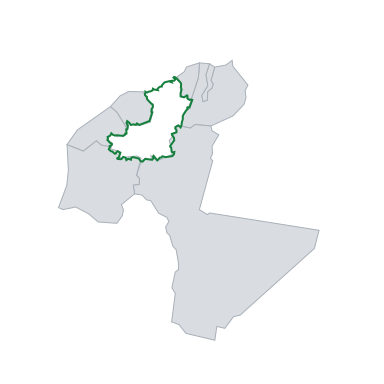 Guinea shown with its bordering countries, rotated 106°
{"feature_id": "GIN", "entity_name": "Guinea", "entity_type": "country or territory", "adm_level": 0, "iso_a3": "GIN", "parent_name": "Africa", "parent_adm1": "", "projection": "albers", "projection_center": [-10.714, 9.945], "detail": "medium", "context": "with_neighbors", "style": "outline", "palette": "green", "viewbox_px": 384, "rotation_deg": 106, "n_neighbors": 7, "source": "natural_earth", "source_scale": "50m", "svg_char_len": 4286}
<svg xmlns="http://www.w3.org/2000/svg" viewBox="0 0 384 384"><g transform="rotate(106 192 192)"><path d="M65.7,204.6L60.6,194.4L54.4,189.7L60.0,187.3L73.8,167.7L80.0,168.9L86.2,166.1L93.2,166.1L107.5,173.5L123.3,192.0L126.3,207.5L131.0,211.2L131.5,220.3L119.0,221.7L109.9,218.5L80.2,217.4L65.8,220.4L63.9,210.4L75.5,210.8L85.6,206.1L96.5,209.2L102.0,206.3L99.5,202.5L91.3,204.6L86.4,201.3L82.4,201.5L79.5,204.5L65.7,204.6Z" fill="#d9dde1" stroke="#a8b0b8" stroke-width="1"/><path d="M132.2,225.1L131.0,211.2L126.3,207.5L123.3,192.0L127.5,189.7L129.7,182.0L142.5,185.4L149.6,182.8L154.5,183.6L156.3,180.7L206.9,180.1L209.5,171.0L207.3,169.4L193.8,59.3L212.5,58.8L297.1,111.8L300.3,117.7L314.0,122.9L314.4,131.1L328.2,129.2L329.6,158.9L323.1,167.8L322.4,175.8L294.1,180.1L289.6,184.9L273.5,186.0L270.3,183.6L263.4,185.7L251.7,191.4L249.4,195.5L239.8,201.5L238.1,204.9L232.9,207.7L226.7,206.1L223.3,209.3L221.6,218.2L211.7,229.2L212.1,233.6L208.7,239.2L209.6,246.7L201.4,250.4L199.4,244.9L193.5,246.2L191.2,250.0L176.0,249.3L172.1,245.6L172.8,241.7L171.2,240.2L168.4,241.5L171.5,233.9L161.9,222.0L159.3,221.7L148.7,228.1L137.6,223.3L132.2,225.1Z" fill="#d9dde1" stroke="#a8b0b8" stroke-width="1"/><path d="M173.5,250.3L191.2,250.0L193.5,246.2L199.4,244.9L201.4,250.4L209.6,246.7L223.6,256.4L228.0,253.0L234.0,252.4L242.8,255.6L246.7,274.0L241.5,285.1L238.5,299.8L244.4,310.9L243.9,316.0L220.5,314.2L205.2,316.8L180.8,325.2L182.5,307.8L169.0,298.0L171.8,292.2L170.5,285.9L171.0,282.1L173.1,282.1L172.8,273.9L178.8,270.5L172.5,254.7L173.5,250.3Z" fill="#d9dde1" stroke="#a8b0b8" stroke-width="1"/><path d="M65.8,220.4L80.2,217.4L103.7,218.3L102.0,224.0L103.1,228.3L94.9,232.2L91.0,231.9L85.3,238.2L78.5,232.6L73.2,231.7L65.8,220.4Z" fill="#d9dde1" stroke="#a8b0b8" stroke-width="1"/><path d="M171.0,282.1L171.8,292.2L169.0,298.0L182.5,307.8L180.8,325.2L163.9,319.3L132.3,293.9L136.1,286.0L147.9,272.9L154.0,271.1L159.4,279.0L158.6,284.3L161.1,287.0L164.8,287.1L167.4,281.8L171.0,282.1Z" fill="#d9dde1" stroke="#a8b0b8" stroke-width="1"/><path d="M109.1,266.3L116.0,260.6L119.7,254.2L126.3,251.5L136.5,251.5L142.9,261.6L144.4,273.6L147.9,272.9L136.1,286.0L132.3,293.9L119.5,287.7L112.9,280.7L109.1,266.3Z" fill="#d9dde1" stroke="#a8b0b8" stroke-width="1"/><path d="M65.7,204.6L79.5,204.5L82.4,201.5L86.4,201.3L91.3,204.6L99.5,202.5L102.0,206.3L96.5,209.2L85.6,206.1L75.5,210.8L63.9,210.4L65.7,204.6Z" fill="#d9dde1" stroke="#a8b0b8" stroke-width="1"/><path d="M149.0,271.4L145.8,271.9L143.7,274.0L141.7,273.8L142.8,271.2L144.4,269.2L143.1,266.9L142.9,264.4L141.3,263.9L142.0,261.0L135.4,252.4L126.3,252.2L126.2,253.1L123.4,253.7L121.6,253.0L119.7,253.4L118.8,253.8L118.0,255.9L115.5,260.2L114.5,261.1L112.9,261.6L112.0,263.7L110.6,264.4L109.3,264.1L108.5,264.4L108.9,262.8L107.2,260.9L106.7,259.5L105.1,257.9L103.5,258.0L103.9,256.6L103.5,252.9L102.7,253.6L101.9,253.4L100.2,252.3L99.3,251.3L99.0,250.1L97.4,250.2L94.2,248.6L91.9,244.7L92.1,241.8L91.0,242.8L89.8,239.7L88.4,239.2L87.9,239.5L87.2,241.3L86.3,240.9L86.4,239.5L89.8,233.5L91.1,232.2L94.0,231.6L96.4,230.3L100.4,230.2L103.2,229.3L103.2,225.8L100.5,223.5L100.5,223.1L101.8,222.5L102.9,222.5L103.6,221.8L104.1,219.7L103.3,218.2L103.4,217.1L111.6,217.7L111.8,219.6L112.5,219.8L113.5,219.0L115.2,220.1L120.2,221.6L121.6,221.8L124.8,220.9L127.8,221.0L130.7,220.5L133.1,220.8L131.7,223.5L134.2,225.9L135.4,225.7L137.2,223.8L138.9,223.4L141.7,227.4L142.9,226.8L144.8,224.3L147.3,223.3L153.9,225.7L154.4,225.5L155.1,224.2L158.9,222.7L159.3,221.8L158.4,220.0L160.7,219.7L162.9,220.8L165.8,227.0L165.8,230.3L167.2,231.0L167.8,232.3L171.2,234.2L167.8,238.9L168.6,239.2L170.3,238.4L172.0,239.1L173.0,245.7L173.4,246.3L176.3,247.8L176.6,248.3L176.6,249.8L174.5,252.3L174.7,258.5L176.1,259.8L177.8,259.6L177.6,262.5L179.4,263.9L177.4,265.2L177.2,267.8L179.4,268.6L180.2,269.6L180.7,272.6L180.5,273.1L180.0,273.1L178.9,271.9L173.9,271.7L173.3,274.7L174.8,275.7L176.0,275.8L176.5,277.0L175.0,279.7L175.2,281.1L174.1,283.4L173.7,283.8L171.2,283.2L170.4,283.8L169.2,282.3L168.2,282.1L167.6,282.5L167.2,284.6L165.3,287.7L164.3,287.5L162.3,288.3L160.4,286.2L157.8,285.7L158.8,283.7L159.0,282.0L158.0,279.3L157.1,273.6L154.9,271.8L154.3,272.2L153.7,271.1L150.0,272.5L149.6,271.6L149.0,271.4Z" fill="none" stroke="#15803d" stroke-width="2"/></g></svg>